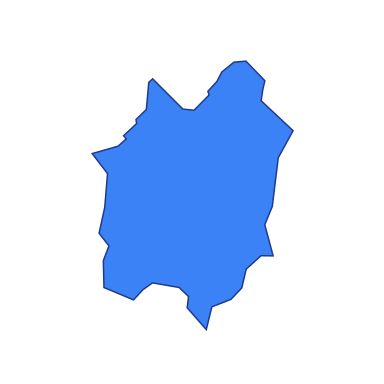 Skrapar, Berat, Albania (Mercator projection), rotated 46°
{"feature_id": "67620474B62055143354216", "entity_name": "Skrapar", "entity_type": "district", "adm_level": 2, "iso_a3": "ALB", "parent_name": "Albania", "parent_adm1": "Berat", "projection": "mercator", "projection_center": [20.254, 40.545], "detail": "fine", "context": "isolated", "style": "filled", "palette": "blue", "viewbox_px": 384, "rotation_deg": 46, "n_neighbors": 0, "source": "geoboundaries", "source_scale": "gbopen_adm2", "svg_char_len": 686}
<svg xmlns="http://www.w3.org/2000/svg" viewBox="0 0 384 384"><g transform="rotate(46 192 192)"><path d="M95.0,237.1L120.1,240.0L142.4,265.4L157.1,287.5L173.1,289.2L179.8,303.5L199.6,321.7L229.0,309.0L228.2,295.2L229.9,283.6L251.7,267.6L264.8,267.1L271.9,275.9L300.9,277.3L288.4,257.5L296.3,238.5L295.6,222.9L285.1,206.5L285.8,186.6L294.3,178.0L266.1,162.4L258.2,144.3L227.3,106.2L218.1,76.7L174.4,78.9L167.2,69.5L162.6,62.3L135.3,62.3L127.7,71.7L126.4,87.2L129.8,97.4L130.6,110.6L134.1,112.4L134.6,133.7L126.0,141.0L83.3,141.7L83.1,146.9L100.9,167.5L101.0,182.0L104.3,184.3L104.0,202.2L108.1,202.4L107.7,213.3L95.0,237.1Z" fill="#3b82f6" stroke="#1e3a8a" stroke-width="1.5"/></g></svg>